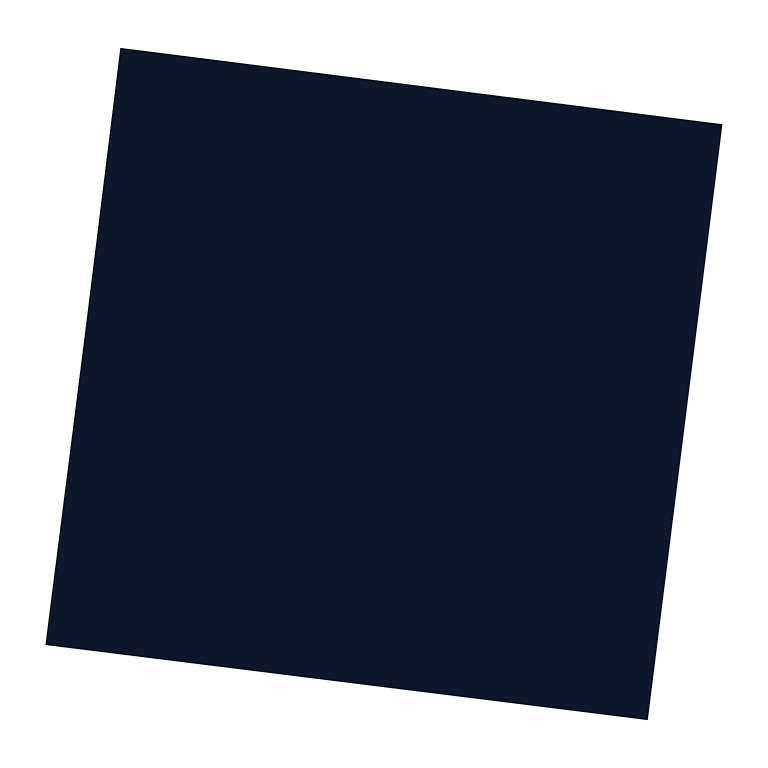 Franklin, Iowa, United States of America, rotated 277°
{"feature_id": "52423323B30235683377135", "entity_name": "Franklin", "entity_type": "district", "adm_level": 2, "iso_a3": "USA", "parent_name": "United States of America", "parent_adm1": "Iowa", "projection": "mercator", "projection_center": [-93.212, 42.733], "detail": "fine", "context": "isolated", "style": "filled", "palette": "ink", "viewbox_px": 768, "rotation_deg": 277, "n_neighbors": 0, "source": "geoboundaries", "source_scale": "gbopen_adm2", "svg_char_len": 249}
<svg xmlns="http://www.w3.org/2000/svg" viewBox="0 0 768 768"><g transform="rotate(277 384 384)"><path d="M682.3,687.5L684.7,82.1L535.1,82.0L384.5,81.8L84.4,80.5L83.3,686.0L682.3,687.5Z" fill="#0f172a" stroke="#020617" stroke-width="1.5"/></g></svg>